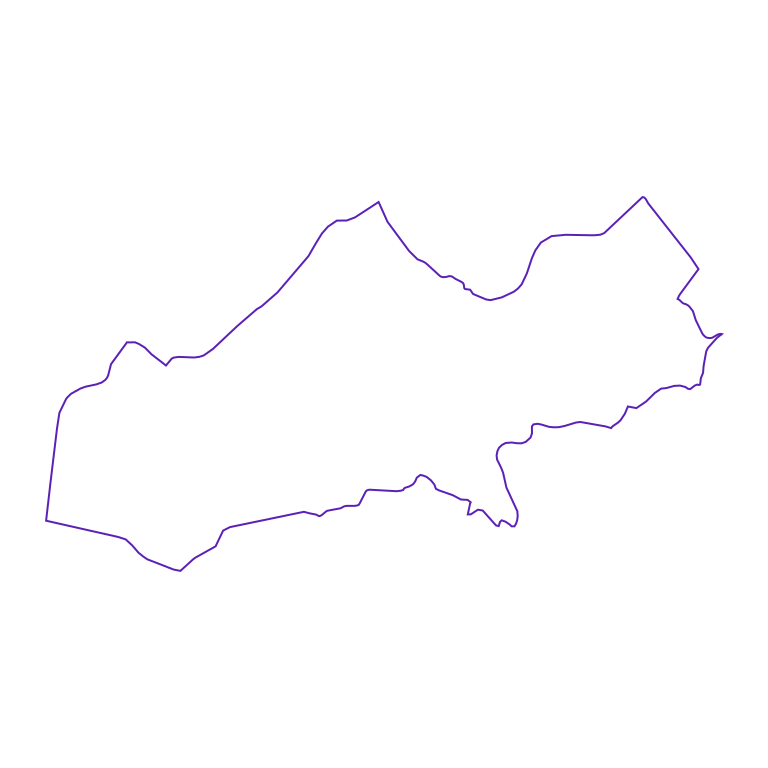 the border of Matagalpa
{"feature_id": "NIC-666", "entity_name": "Matagalpa", "entity_type": "Department", "adm_level": 1, "iso_a3": "NIC", "parent_name": "Nicaragua", "parent_adm1": "", "projection": "albers", "projection_center": [-85.323, 12.952], "detail": "fine", "context": "isolated", "style": "outline", "palette": "violet", "viewbox_px": 768, "rotation_deg": 0, "n_neighbors": 0, "source": "natural_earth", "source_scale": "10m", "svg_char_len": 3092}
<svg xmlns="http://www.w3.org/2000/svg" viewBox="0 0 768 768"><path d="M467.8,514.4L470.1,503.5L470.7,502.3L467.6,499.9L460.9,499.5L452.8,495.2L438.8,490.3L435.9,488.8L434.4,484.6L430.9,480.3L426.6,476.9L422.9,475.5L420.3,475.0L417.1,477.4L416.5,478.3L415.8,480.1L414.8,482.0L413.5,483.7L412.7,484.5L410.8,485.6L408.9,486.6L405.6,487.6L404.5,488.1L403.8,488.9L403.3,489.9L400.9,490.7L396.6,491.2L369.4,489.7L368.1,490.0L366.9,490.4L366.1,491.1L365.5,492.0L359.9,503.0L358.7,504.9L357.0,505.5L354.5,505.9L346.3,505.9L344.3,506.3L340.5,508.3L331.8,509.9L326.8,510.9L321.6,515.2L319.9,516.0L318.7,516.0L316.2,514.6L309.5,513.3L303.9,511.8L230.0,527.1L223.1,530.6L215.6,546.3L195.3,557.7L193.0,559.4L180.4,570.9L173.5,569.5L147.3,559.3L143.2,556.5L138.5,552.7L132.1,545.3L125.7,539.4L118.2,537.0L46.1,520.7L50.5,482.4L55.7,439.3L57.0,428.5L59.4,412.8L66.2,398.8L67.7,397.0L71.0,393.8L80.5,388.5L85.5,386.7L96.3,384.4L101.7,382.5L105.2,380.0L107.1,377.7L108.2,375.3L111.0,364.2L127.0,342.3L129.2,342.4L135.0,342.3L138.8,343.9L144.9,347.6L151.5,354.3L166.0,365.5L171.6,358.7L173.7,357.6L178.8,356.9L194.2,357.5L199.5,356.8L203.8,355.4L213.1,348.8L237.2,326.1L256.9,309.1L261.5,306.4L277.4,292.5L308.4,256.2L315.8,243.4L322.0,233.4L328.0,226.6L336.8,220.6L346.8,220.5L355.0,217.4L378.6,202.0L387.5,221.8L409.1,251.0L417.5,259.3L423.2,261.6L425.2,262.7L427.5,264.6L439.7,275.8L440.6,276.4L441.7,276.9L442.9,277.1L444.2,277.1L446.8,276.8L449.1,276.1L450.6,276.2L452.3,276.7L455.5,278.9L461.4,281.9L462.9,282.9L463.7,284.3L464.3,288.2L465.0,289.0L470.1,289.7L473.1,294.0L486.2,299.5L490.7,300.1L501.7,297.4L513.9,291.7L518.0,288.5L521.7,284.3L526.9,273.3L531.9,258.2L535.4,250.3L540.9,242.5L551.6,236.1L565.7,234.8L593.8,235.3L600.4,234.7L604.2,233.1L642.5,197.1L644.3,197.5L645.8,199.1L648.3,203.5L690.7,257.4L698.5,269.1L680.3,293.8L678.9,296.0L677.6,299.0L678.5,299.4L679.4,299.9L682.4,302.8L683.4,303.4L684.5,303.8L685.6,304.1L686.7,304.6L687.6,305.1L689.3,306.5L692.6,310.7L693.1,311.7L695.8,320.2L702.0,332.9L703.1,334.7L704.6,336.2L705.4,336.9L706.4,337.5L707.5,337.8L708.8,338.0L710.2,338.1L711.5,337.9L712.7,337.5L717.4,334.7L718.5,334.3L719.7,334.0L720.8,333.9L721.9,334.1L721.6,334.4L720.1,335.4L717.2,337.7L716.9,337.9L708.0,347.8L706.2,351.5L703.6,366.0L703.1,372.3L702.7,373.8L700.9,378.1L700.1,384.6L698.9,385.0L697.1,384.6L694.7,385.6L690.2,389.1L688.0,388.8L685.4,387.0L680.0,385.6L674.2,385.9L666.2,388.1L661.2,388.6L654.9,392.9L646.1,401.5L636.4,408.1L627.9,406.5L624.9,413.7L620.5,420.3L617.9,422.7L612.7,426.2L611.1,428.1L605.5,426.4L580.4,422.0L576.1,422.5L564.5,426.0L558.6,427.2L553.4,427.3L548.8,426.8L541.3,424.5L537.6,423.8L533.4,424.4L531.9,426.5L532.0,433.4L530.5,437.6L525.7,441.9L521.6,443.3L516.5,443.2L511.8,442.5L505.6,443.0L501.9,445.0L499.0,447.8L497.4,451.2L496.6,455.5L497.1,459.6L501.2,467.9L503.1,472.8L506.4,487.5L517.3,511.2L517.7,515.9L517.2,520.0L516.1,523.6L514.5,526.3L511.6,526.3L509.5,524.4L505.5,521.7L501.7,520.3L500.0,521.9L498.7,526.1L496.0,525.4L482.7,510.5L477.9,509.7L470.7,514.4L467.8,514.4Z" fill="none" stroke="#5b21b6" stroke-width="2"/></svg>